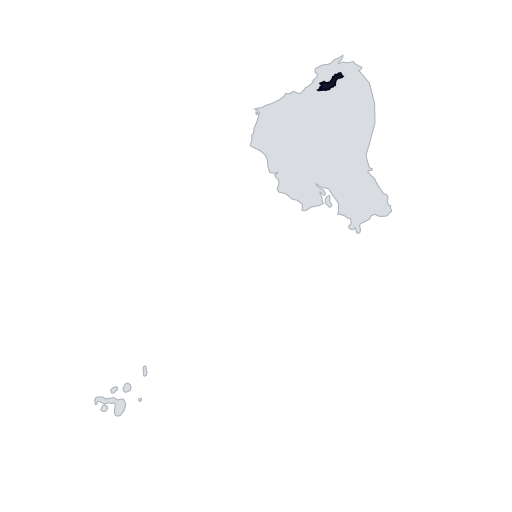 location of Shushufindi, Sucumbios, Ecuador, rotated 305°
{"feature_id": "8360857B16712310561849", "entity_name": "Shushufindi", "entity_type": "district", "adm_level": 2, "iso_a3": "ECU", "parent_name": "Ecuador", "parent_adm1": "Sucumbios", "projection": "orthographic", "projection_center": [-76.553, -0.288], "detail": "fine", "context": "in_parent", "style": "filled", "palette": "ink", "viewbox_px": 512, "rotation_deg": 305, "n_neighbors": 0, "source": "geoboundaries", "source_scale": "gbopen_adm2", "svg_char_len": 7099}
<svg xmlns="http://www.w3.org/2000/svg" viewBox="0 0 512 512"><g transform="rotate(305 256 256)"><path d="M470.3,212.0L468.8,213.0L465.2,213.3L462.4,212.4L461.2,212.4L461.1,213.4L464.8,215.8L466.6,220.0L469.2,222.6L470.9,223.9L471.0,224.8L470.4,226.5L470.3,227.9L471.2,234.4L470.6,234.8L468.6,234.8L467.0,233.7L462.7,249.8L448.9,265.7L433.3,277.1L415.3,283.7L402.0,288.2L400.0,290.0L393.5,298.0L393.2,298.8L394.1,300.2L394.2,301.0L393.2,301.6L392.4,301.7L392.0,301.2L391.7,300.3L390.8,299.3L389.8,299.0L389.2,299.2L389.2,300.1L387.8,304.5L387.8,306.6L387.2,307.4L387.3,309.3L385.9,311.0L384.9,313.9L383.8,314.9L382.4,319.4L380.4,323.8L380.3,325.4L380.9,326.4L381.1,327.3L380.3,330.1L375.7,332.8L374.4,334.1L374.0,335.6L374.3,336.9L374.1,337.9L372.7,338.3L371.1,340.8L370.0,341.4L367.1,340.5L364.9,340.5L363.3,339.7L360.0,335.5L358.7,332.9L358.4,329.5L355.1,327.2L350.9,327.8L349.7,327.0L346.5,325.5L343.9,323.9L341.9,323.0L340.3,323.4L337.8,326.2L335.5,327.5L334.4,327.4L332.9,326.6L332.7,325.6L336.2,320.7L333.6,320.6L332.6,319.6L332.5,318.4L332.1,317.1L332.6,315.5L334.0,314.6L336.1,315.3L337.5,315.3L338.5,313.9L340.4,312.7L340.8,312.0L339.7,309.6L339.4,308.3L339.7,307.6L339.6,305.0L339.0,304.0L339.0,302.6L338.5,301.8L338.2,300.0L336.9,299.0L341.2,297.3L342.8,296.0L344.7,294.8L346.4,292.9L347.5,291.1L350.1,282.8L352.5,277.6L352.1,275.1L350.1,271.7L349.6,266.7L349.8,265.2L349.5,264.0L348.2,266.1L348.5,273.5L347.4,276.8L345.7,277.6L344.6,277.0L345.2,271.6L344.0,272.6L342.0,276.2L338.8,278.9L338.6,279.8L337.9,281.0L335.4,279.9L333.5,278.8L327.3,272.8L323.2,271.5L320.7,269.4L320.2,268.5L319.9,267.3L322.4,266.0L325.0,264.3L325.2,260.5L325.2,257.5L323.2,252.5L324.1,245.9L323.6,243.3L321.4,237.8L323.0,235.1L328.8,233.0L330.6,231.7L331.9,227.3L333.2,224.7L335.8,225.8L337.8,225.7L335.1,224.7L332.9,220.8L332.5,219.0L336.8,213.6L339.0,212.2L341.8,209.4L344.1,205.1L344.6,198.3L343.7,193.5L343.0,188.4L344.4,187.1L347.9,186.4L350.7,184.7L352.2,183.2L355.5,183.4L359.5,181.1L365.7,179.9L374.5,177.2L376.4,174.8L375.5,170.6L378.8,173.2L380.2,175.2L384.7,177.4L390.0,181.4L393.5,183.5L397.3,185.4L402.8,187.3L406.2,187.0L407.6,190.0L408.9,190.9L412.0,191.9L412.4,192.3L413.6,197.9L414.3,198.7L417.0,199.6L420.4,200.0L421.8,199.8L424.7,201.3L429.3,202.6L431.0,202.8L431.7,202.5L432.0,202.0L433.3,202.1L435.3,202.8L438.2,202.9L440.0,202.3L440.4,199.1L441.0,198.4L443.1,197.3L444.1,197.5L449.5,200.0L450.6,200.9L452.0,202.6L454.5,205.2L457.2,206.8L461.5,207.5L465.5,210.2L470.3,212.0ZM50.6,208.8L52.2,210.5L53.0,215.3L58.2,220.5L58.8,223.3L58.4,224.7L58.6,225.2L61.1,227.2L62.7,229.4L60.0,234.4L54.2,236.5L48.1,236.4L46.9,235.9L45.2,234.0L44.9,232.3L45.8,230.6L49.0,228.2L53.9,225.9L54.5,224.3L52.5,222.6L51.2,219.3L48.1,217.1L46.6,210.1L45.5,209.7L43.4,210.7L42.4,209.8L42.2,209.4L44.5,207.8L45.0,206.6L48.3,206.1L49.7,207.0L50.6,208.8ZM74.7,229.9L73.3,229.9L69.4,227.3L69.6,224.8L71.2,223.1L76.4,222.3L78.5,223.8L78.3,226.9L76.6,229.1L75.2,229.5L74.7,229.9ZM341.9,288.0L341.4,289.0L338.9,289.0L338.2,288.6L338.8,283.7L339.5,282.2L341.5,280.7L343.3,280.0L345.5,280.1L347.8,281.5L345.1,283.9L342.9,284.6L341.9,288.0ZM46.6,221.7L44.1,222.1L41.9,221.2L41.0,219.8L40.8,217.7L41.0,217.0L45.8,216.2L47.3,218.0L47.3,220.6L46.6,221.7ZM98.3,233.5L95.3,234.6L93.6,233.6L93.4,232.9L95.1,231.3L96.8,230.4L98.2,228.5L100.9,227.4L101.7,227.7L102.2,228.1L102.5,228.7L101.5,230.2L99.9,231.3L98.3,233.5ZM68.5,218.3L67.3,219.1L62.5,218.2L61.0,216.6L62.2,214.5L63.2,213.7L66.1,214.4L69.0,216.8L68.5,218.3ZM72.5,244.9L71.4,245.0L70.0,243.9L71.1,241.8L73.1,242.9L73.6,243.7L72.5,244.9ZM374.2,176.0L372.7,176.2L372.0,174.9L373.8,173.4L374.5,173.1L374.2,176.0Z" fill="#d9dde1" stroke="#a8b0b8" stroke-width="1"/><path d="M454.6,220.3L453.4,220.0L453.5,219.9L453.6,219.7L453.6,219.4L453.4,219.4L453.1,219.5L453.0,219.4L452.9,219.4L452.7,219.3L452.6,219.2L452.3,219.0L452.1,219.0L452.0,218.8L452.2,218.7L451.8,218.6L451.7,218.6L451.3,218.7L451.2,218.7L451.1,218.8L451.0,218.7L450.9,218.5L450.8,218.4L450.9,218.1L450.7,217.7L450.7,217.4L450.4,217.4L450.2,217.1L450.0,216.9L449.9,217.0L449.7,217.1L449.4,216.9L449.2,216.8L449.0,217.1L448.9,217.2L448.6,217.1L448.4,217.0L448.3,216.9L447.9,217.0L447.6,216.9L447.4,217.0L447.2,217.0L447.2,216.9L447.1,216.6L447.0,216.2L446.9,216.1L446.7,216.2L446.4,216.5L446.2,216.6L445.9,216.5L445.5,216.9L445.1,216.7L445.0,216.8L444.9,217.0L444.6,217.2L444.4,216.9L443.8,216.9L443.5,216.8L443.3,217.0L443.0,217.0L442.9,217.3L442.9,217.2L442.5,216.7L442.3,216.8L442.0,216.8L441.9,216.8L441.6,217.1L441.2,217.1L440.9,217.1L440.5,217.1L440.4,217.1L440.3,216.9L440.2,216.8L439.9,216.8L439.9,216.7L440.1,216.6L440.0,216.3L440.1,215.9L439.8,215.7L439.6,215.6L439.2,215.7L439.1,215.4L438.9,215.2L438.7,215.0L438.4,215.2L438.4,214.9L438.5,214.8L438.6,214.7L438.3,214.2L438.1,214.2L438.1,213.9L438.1,213.7L438.1,213.2L437.8,213.2L437.9,212.8L437.9,212.6L437.7,212.4L437.7,212.1L437.6,211.8L437.7,211.6L437.2,211.5L437.0,211.4L436.9,211.1L436.7,210.9L436.5,211.0L436.4,211.0L436.1,210.8L435.8,210.9L435.6,210.9L435.5,210.6L435.3,210.5L435.3,210.4L435.3,210.1L435.2,210.0L435.1,209.9L434.8,210.0L434.7,210.0L434.5,209.6L434.3,209.4L434.0,209.4L433.9,209.4L433.9,211.6L433.7,211.7L433.5,211.8L433.4,211.8L433.2,211.9L432.9,211.9L432.7,212.1L432.4,212.2L432.2,212.2L431.9,212.4L431.7,212.2L431.6,212.3L431.6,212.2L431.4,212.3L431.3,212.2L431.3,212.3L431.3,212.2L431.2,212.3L431.0,212.5L430.9,212.4L430.9,212.5L430.3,212.7L430.2,212.6L430.1,212.3L429.9,212.2L429.8,212.3L429.6,212.2L429.5,212.3L429.4,212.3L429.2,212.3L428.9,212.1L428.5,211.8L428.3,211.7L428.2,211.8L427.8,211.7L427.3,211.4L427.3,211.7L427.4,212.1L427.5,212.0L427.6,212.3L427.8,212.4L428.0,212.5L428.1,212.8L428.3,212.9L428.3,213.0L428.4,213.3L428.6,213.5L428.8,213.8L428.9,214.0L429.0,214.0L429.3,214.2L429.3,214.3L429.4,214.5L429.5,214.5L429.6,214.8L429.8,214.8L429.9,215.0L430.0,215.2L430.1,215.4L430.2,215.5L430.3,215.5L430.5,215.8L430.8,216.0L430.8,215.9L430.8,216.0L431.0,216.0L431.1,216.3L431.1,216.5L431.2,216.8L431.3,216.7L431.3,216.8L431.4,217.0L431.5,217.2L431.5,217.3L431.5,217.2L431.6,217.4L431.7,217.5L431.8,217.7L431.9,217.8L432.0,217.8L432.2,218.0L432.1,218.3L432.2,218.5L432.4,218.5L432.5,218.5L432.8,218.7L432.9,218.8L433.0,218.8L433.1,219.0L433.4,219.1L433.5,219.1L433.6,219.3L433.8,219.5L434.1,219.6L434.4,219.7L434.5,219.7L434.5,219.9L434.4,220.1L434.3,220.3L434.5,220.4L434.6,220.5L434.8,220.6L435.2,220.5L435.4,220.6L435.7,220.3L436.2,220.1L436.7,220.2L437.3,220.9L437.8,220.9L437.9,221.0L438.3,221.6L438.8,222.1L439.0,222.2L439.4,222.1L439.7,222.0L440.1,222.1L440.3,222.2L440.6,222.5L440.9,222.8L441.0,222.9L441.1,223.0L441.6,222.9L441.8,222.8L442.1,222.3L442.5,222.1L443.2,221.9L443.6,221.8L443.8,221.6L444.1,221.2L444.3,221.1L444.6,221.0L444.8,221.0L445.1,221.1L446.1,220.8L447.1,220.9L447.4,221.0L447.9,221.2L448.6,220.9L448.8,220.8L449.0,220.9L449.2,221.0L449.3,221.3L449.4,221.9L449.7,222.6L450.6,223.1L451.3,223.7L451.5,223.9L451.7,224.0L452.0,224.1L452.9,224.2L453.2,224.3L453.2,224.0L453.0,223.9L452.8,223.8L452.7,223.7L452.8,223.6L454.6,220.3Z" fill="#0f172a" stroke="#020617" stroke-width="1.5"/></g></svg>